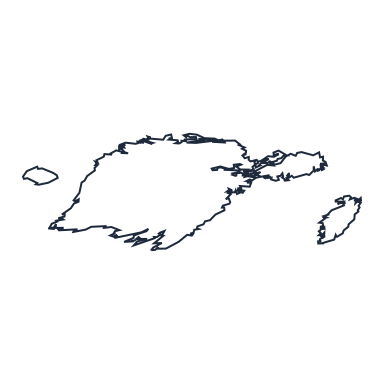 Vega nor, Nordland, Norway (Robinson projection)
{"feature_id": "86288312B81726238902221", "entity_name": "Vega nor", "entity_type": "district", "adm_level": 2, "iso_a3": "NOR", "parent_name": "Norway", "parent_adm1": "Nordland", "projection": "robinson", "projection_center": [11.939, 65.651], "detail": "fine", "context": "isolated", "style": "outline", "palette": "slate", "viewbox_px": 384, "rotation_deg": 0, "n_neighbors": 0, "source": "geoboundaries", "source_scale": "gbopen_adm2", "svg_char_len": 6071}
<svg xmlns="http://www.w3.org/2000/svg" viewBox="0 0 384 384"><path d="M189.6,133.8L183.7,135.3L186.2,137.2L187.2,135.6L190.1,137.2L195.9,137.0L196.5,139.1L184.7,139.5L184.1,140.6L186.9,141.3L181.5,140.8L181.6,142.2L179.0,143.5L175.6,143.2L178.1,141.9L177.6,140.3L168.9,139.6L170.0,138.9L168.7,138.3L172.0,138.3L171.1,134.5L165.7,135.8L163.2,139.7L150.1,138.6L150.0,137.2L147.6,136.5L148.4,137.9L147.0,139.0L149.6,139.3L147.3,139.7L147.4,141.4L152.8,142.9L151.4,143.3L152.2,144.1L143.3,141.0L146.5,140.0L145.1,140.2L144.8,139.0L142.6,138.7L143.4,139.2L140.7,140.3L143.4,142.0L142.6,143.5L142.8,142.0L141.0,142.6L141.1,141.5L138.8,141.6L140.1,142.8L137.5,141.8L137.8,143.2L135.6,143.8L125.6,142.7L119.7,144.9L119.2,146.0L120.5,146.3L125.4,144.6L123.3,145.9L124.3,147.6L119.1,147.2L119.1,149.5L122.4,147.6L121.5,149.1L122.8,149.2L122.0,149.4L123.6,151.0L122.8,151.7L128.1,153.3L121.8,153.0L122.2,151.9L116.2,150.4L109.7,154.0L112.1,154.6L104.4,154.1L103.8,156.7L96.5,160.2L97.6,162.5L95.5,161.8L96.6,163.2L95.3,163.4L96.6,163.7L95.4,165.0L97.4,165.1L94.5,168.0L94.9,170.4L87.2,176.0L84.6,180.6L81.6,182.6L79.4,192.8L73.6,200.4L75.0,201.3L78.7,199.3L78.5,201.7L73.9,203.6L70.9,208.2L61.9,214.5L64.7,214.1L64.5,216.5L58.3,218.2L62.2,218.6L63.4,219.5L56.3,220.7L57.1,221.6L51.7,223.8L49.6,227.8L50.4,228.0L48.2,228.4L54.7,229.0L52.2,227.8L54.0,227.4L56.0,224.1L55.7,227.9L63.6,227.8L58.2,229.3L59.0,230.3L77.5,229.3L73.9,230.4L73.3,232.0L85.7,229.6L91.2,226.8L106.6,226.1L103.9,227.2L103.8,227.9L111.3,227.0L119.4,230.1L114.9,231.2L113.9,233.0L115.4,233.0L110.2,235.5L113.2,236.5L117.1,234.8L116.3,235.8L117.1,236.3L114.0,236.7L115.2,237.8L141.5,232.3L148.4,228.9L146.4,231.2L137.0,234.3L133.8,235.8L133.6,237.9L124.1,241.9L133.7,241.3L131.2,240.9L134.7,240.5L138.5,237.0L139.5,237.8L137.0,239.1L147.1,238.9L137.2,241.5L133.8,245.4L154.6,238.2L154.0,237.0L156.8,237.1L160.6,234.4L158.9,233.6L159.9,232.7L164.4,231.0L161.8,235.6L163.3,235.8L154.1,243.3L161.8,243.0L153.3,247.5L151.9,249.3L153.4,249.3L151.3,250.2L155.3,249.8L158.2,247.0L157.6,248.7L165.9,248.6L178.7,241.8L187.2,234.8L191.8,235.6L192.5,234.7L190.7,234.9L191.1,233.3L193.5,232.9L194.2,229.8L198.7,229.0L197.0,228.3L197.4,226.4L203.5,224.3L205.1,221.3L210.0,220.2L215.5,214.5L224.4,210.3L224.2,207.5L222.0,207.5L222.9,205.6L229.4,203.7L230.2,202.1L228.6,198.1L225.8,199.2L230.8,194.1L228.1,193.0L230.3,191.2L227.0,191.5L229.1,189.9L228.7,188.7L231.3,189.9L231.0,192.2L234.8,192.3L235.7,190.2L237.0,194.0L239.6,192.8L238.2,190.9L241.0,190.7L240.2,191.9L242.7,192.8L244.2,190.7L237.2,189.4L242.0,188.5L240.1,187.9L240.9,187.7L240.0,186.0L249.7,186.7L251.2,182.6L246.9,182.7L251.3,181.3L246.7,181.0L249.8,179.5L252.0,180.4L256.3,177.6L248.2,176.3L251.5,174.9L251.4,176.4L255.4,176.8L253.1,176.1L255.1,175.4L254.9,173.4L249.4,174.0L253.5,173.0L254.5,171.8L253.7,170.5L247.6,171.9L248.3,174.6L246.4,173.1L247.7,172.6L244.6,172.3L244.3,174.3L248.4,175.9L244.5,177.0L245.1,175.4L242.7,175.5L242.9,173.8L241.5,172.7L236.3,173.3L236.3,175.4L235.7,175.9L232.5,174.8L233.3,174.3L232.5,173.5L238.4,172.3L240.0,170.5L224.7,169.8L224.9,168.6L220.8,167.4L217.7,167.8L217.1,169.9L212.6,170.2L211.7,168.6L220.4,166.5L228.8,168.9L234.1,168.0L233.8,164.8L239.9,164.0L241.2,164.6L236.2,166.6L240.4,169.5L247.0,169.6L243.2,171.7L254.6,169.5L253.2,169.4L252.5,166.9L255.1,164.6L254.3,161.8L257.5,159.7L250.5,161.4L248.7,159.8L248.8,157.0L244.7,158.2L242.5,155.5L244.9,154.6L244.1,154.1L245.9,152.9L246.1,150.8L242.1,148.8L244.6,147.5L238.8,145.0L239.9,144.4L235.1,140.6L224.0,140.7L224.8,142.5L212.1,141.8L213.4,141.6L212.6,140.9L196.2,142.9L186.6,142.6L202.2,140.2L198.5,138.8L223.6,140.9L222.4,139.5L218.4,140.3L214.6,138.6L204.5,138.2L196.9,134.7L189.6,133.8ZM301.5,152.1L297.2,152.9L295.7,155.8L290.7,153.8L285.7,156.5L280.6,163.1L273.7,164.9L273.6,163.5L270.1,163.2L272.9,165.4L267.1,164.9L255.1,171.2L256.6,173.2L260.5,172.0L256.5,175.0L259.4,176.0L258.6,177.2L266.6,175.7L264.3,177.7L265.3,178.3L268.6,175.9L270.4,177.1L268.2,176.5L267.9,177.9L271.6,177.6L271.1,179.4L275.6,180.8L278.8,179.9L277.8,176.7L276.5,176.5L280.4,175.9L282.4,173.3L283.1,176.6L282.1,177.5L285.6,179.8L283.9,180.7L288.7,180.2L286.7,177.9L288.0,177.5L287.1,175.5L288.7,173.6L289.8,173.8L289.0,173.9L288.9,177.6L291.8,175.8L293.7,177.7L306.5,174.1L309.2,175.0L313.7,170.5L313.7,166.3L315.0,171.4L317.1,169.5L317.6,170.8L319.1,170.3L318.8,169.2L321.0,169.1L321.7,167.2L321.9,170.0L323.6,169.3L322.4,167.2L320.8,167.3L320.7,165.6L323.0,166.7L321.9,164.9L322.8,164.9L320.1,163.8L324.0,163.5L324.1,164.9L326.8,165.5L325.6,162.0L322.9,160.5L323.0,156.7L320.1,157.4L319.1,152.4L313.2,155.3L301.5,152.1ZM349.2,195.7L344.0,196.5L342.9,199.3L341.0,198.0L335.6,200.4L335.7,201.6L340.5,201.7L337.6,204.3L343.1,201.6L344.0,201.6L342.8,203.0L345.4,203.0L343.3,204.0L343.9,205.4L331.6,210.3L328.0,214.1L329.3,214.3L323.8,216.1L326.5,217.4L323.9,217.7L324.9,218.6L319.3,222.7L322.6,223.1L323.3,225.9L320.8,226.6L320.7,228.0L324.3,227.0L324.5,228.9L321.0,229.0L319.4,231.6L318.1,230.7L320.9,233.2L318.9,235.1L322.4,234.9L324.3,232.6L324.2,235.6L320.7,235.9L322.6,237.5L322.9,236.4L325.1,236.3L320.1,239.0L319.6,240.6L321.2,241.3L318.1,241.4L318.3,243.5L324.0,243.3L323.1,242.9L334.2,239.6L335.7,234.9L336.5,236.5L335.6,236.5L337.0,236.8L342.8,233.3L343.6,230.5L348.3,226.7L348.6,224.3L354.3,219.3L354.7,214.4L358.4,211.5L357.8,210.1L359.6,207.5L358.6,205.9L360.7,202.6L358.5,202.0L361.0,200.5L360.7,198.0L355.5,203.2L356.1,200.4L354.0,200.5L357.3,199.0L354.2,197.8L349.9,199.4L351.0,197.3L349.2,195.7ZM37.2,166.7L26.9,171.1L23.0,176.6L24.0,178.9L27.4,178.2L37.2,183.0L35.8,184.3L38.9,184.7L48.4,182.7L57.7,177.9L56.8,175.3L53.2,172.9L42.1,168.4L38.0,168.9L37.2,166.7ZM286.9,155.5L278.6,150.6L273.5,152.6L273.7,155.1L278.0,153.9L278.1,154.6L273.9,156.8L268.1,156.2L261.9,160.3L263.7,160.8L258.0,161.4L257.8,163.2L255.6,164.0L255.7,167.5L259.8,165.7L258.9,165.5L262.0,162.0L266.6,159.1L268.8,159.0L262.1,163.1L267.6,163.0L269.9,161.3L272.7,163.1L272.6,161.9L276.8,160.8L277.6,159.0L281.4,158.1L283.4,155.8L286.9,155.5Z" fill="none" stroke="#1e293b" stroke-width="2"/></svg>